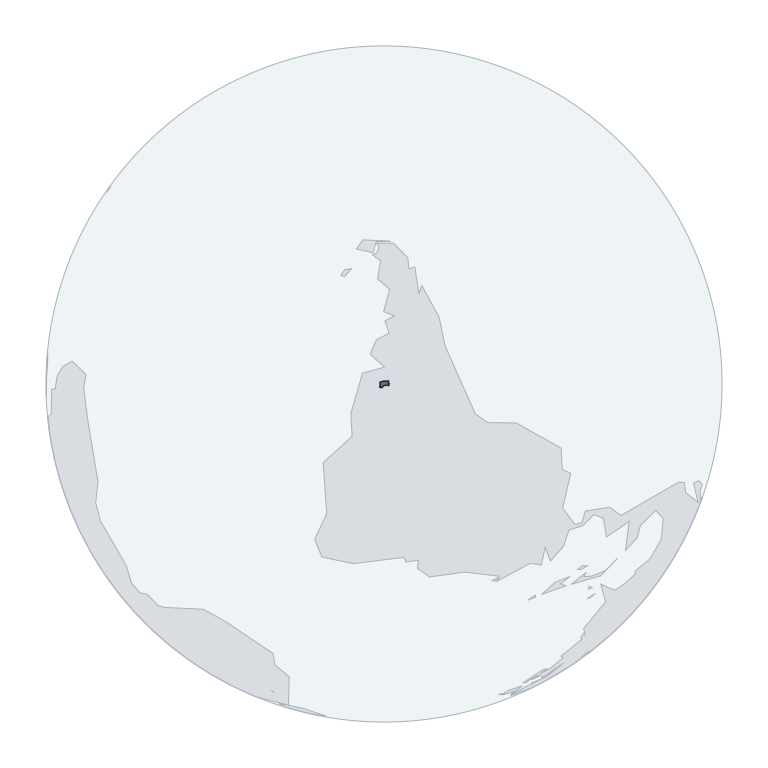 Salto on an orthographic globe, rotated 157°
{"feature_id": "URY-10", "entity_name": "Salto", "entity_type": "Department", "adm_level": 1, "iso_a3": "URY", "parent_name": "Uruguay", "parent_adm1": "", "projection": "orthographic", "projection_center": [-57.006, -31.312], "detail": "fine", "context": "on_globe", "style": "filled", "palette": "slate", "viewbox_px": 768, "rotation_deg": 157, "n_neighbors": 0, "source": "natural_earth", "source_scale": "10m", "svg_char_len": 4737}
<svg xmlns="http://www.w3.org/2000/svg" viewBox="0 0 768 768"><g transform="rotate(157 384 384)"><circle cx="384" cy="384" r="338" fill="#eef3f6" stroke="#a8b0b8"/><path d="M296.6,57.6L301.6,56.3L298.2,57.5L301.6,57.6L308.4,55.5L308.2,54.9L321.7,51.9L321.2,52.0L351.0,47.7L351.3,47.7L364.8,46.6L368.4,46.7L388.4,47.6L388.8,48.3L372.6,49.9L348.7,51.3L327.7,56.9L353.1,51.8L353.6,55.1L358.7,55.4L365.5,54.9L369.9,53.3L372.5,54.6L348.4,59.2L345.6,58.0L353.3,56.3L342.1,57.4L325.8,62.1L327.4,64.3L301.2,71.9L301.9,73.8L296.7,77.1L297.2,73.2L295.8,80.8L265.2,96.9L262.7,115.2L252.4,104.0L240.9,105.9L226.6,111.0L225.9,113.8L208.0,118.8L189.7,132.4L179.6,151.0L183.2,161.5L203.3,153.5L210.9,143.5L226.6,136.6L212.1,161.6L239.0,156.2L234.5,174.6L241.9,181.9L256.1,175.9L270.7,177.3L282.1,164.5L300.0,156.0L299.4,170.7L310.0,155.9L319.5,161.8L355.8,158.4L352.8,161.9L383.2,179.3L417.4,188.6L425.3,201.0L421.1,208.3L433.3,211.5L433.5,216.6L482.8,230.8L508.8,249.1L508.4,268.2L487.5,286.8L470.7,335.3L433.8,348.3L425.9,370.0L399.6,402.4L377.0,399.4L385.0,416.9L373.8,427.7L359.5,428.8L358.5,441.7L348.0,442.6L356.0,450.8L341.7,469.1L348.8,483.2L339.0,498.8L344.1,507.3L339.4,507.5L335.2,511.4L335.8,516.5L320.3,510.1L312.8,490.9L316.1,480.3L309.9,479.7L316.4,453.7L310.7,459.6L307.1,424.2L312.9,395.2L311.6,320.6L303.5,307.9L277.5,296.4L246.0,255.7L253.4,235.6L247.0,228.8L268.0,200.1L263.2,180.2L256.0,179.0L248.3,188.4L224.4,182.4L217.2,170.3L151.3,178.6L146.1,176.1L148.8,166.1L141.1,152.3L137.8,171.9L132.1,172.1L130.2,167.4L134.7,162.3L138.0,153.6L134.8,155.8L136.5,153.9L153.2,137.2L171.1,121.6L189.9,107.4L209.8,94.5L230.4,83.0L251.9,73.0L274.0,64.5L296.6,57.6ZM259.5,122.7L290.4,126.5L271.4,131.5L275.3,128.7L267.8,126.0L253.2,125.7L237.0,132.4L259.5,122.7ZM276.6,108.0L271.1,108.5L276.7,107.2L276.6,108.0ZM347.1,524.9L322.1,513.0L335.7,517.9L342.7,509.1L356.7,519.1L347.1,524.9ZM368.7,502.8L378.3,498.4L381.3,500.9L375.3,504.6L368.7,502.8ZM601.0,125.0L605.6,130.5L598.5,126.3L585.2,117.0L566.5,100.5L581.5,109.8L601.0,125.0ZM711.8,465.9L706.2,484.9L701.8,486.9L692.1,508.9L688.4,508.2L681.5,519.4L672.8,525.6L662.1,526.9L654.6,509.3L662.1,497.4L670.5,467.7L685.5,405.6L695.8,387.3L698.5,368.3L692.2,317.6L694.2,299.4L690.4,287.4L684.0,282.8L678.7,268.7L674.0,264.4L638.4,247.3L622.5,226.9L591.4,179.3L594.1,168.0L585.7,151.6L597.3,125.7L609.8,135.0L624.9,147.0L641.5,165.2L656.8,184.6L670.6,205.0L682.9,226.4L693.6,248.6L702.7,271.6L710.0,295.1L715.6,319.1L719.5,343.5L721.5,368.1L721.8,392.7L720.3,417.3L716.9,441.8L711.8,465.9ZM605.1,142.5L607.6,146.6L605.1,142.5ZM356.9,158.1L361.2,160.8L355.3,161.2L356.9,158.1ZM268.0,137.3L274.9,136.2L278.3,137.5L272.8,139.2L268.0,137.3ZM327.8,128.4L336.1,128.8L327.2,130.6L327.8,128.4ZM295.4,127.1L321.2,128.7L303.9,134.6L287.8,134.1L299.4,131.1L295.4,127.1ZM271.9,115.2L276.0,115.2L274.3,117.6L271.9,115.2ZM280.7,107.2L278.9,107.7L277.2,106.5L280.7,107.2ZM355.0,54.8L357.1,54.4L363.7,54.2L360.0,55.0L355.0,54.8ZM396.6,51.6L399.9,53.8L395.0,52.4L390.5,53.3L374.5,52.2L388.2,48.7L384.8,50.1L396.6,51.6ZM356.9,50.9L365.5,51.2L355.5,51.0L356.9,50.9ZM564.8,668.8L557.9,673.0L561.1,670.7L564.8,668.8ZM684.9,537.7L681.2,544.5L684.6,536.5L692.2,521.4L699.9,504.0L684.9,537.7Z" fill="#d9dde1" stroke="#a8b0b8" stroke-width="1"/><path d="M379.9,381.7L380.0,381.5L380.0,381.4L380.0,381.1L380.0,380.9L380.1,380.7L380.4,380.7L380.5,380.8L380.8,381.0L381.0,381.3L381.4,381.4L381.5,381.4L381.7,381.5L381.9,381.6L382.6,382.0L382.8,382.1L383.1,382.4L383.2,382.5L383.4,382.5L383.7,382.6L383.8,382.6L384.0,382.5L384.4,382.4L384.5,382.4L385.1,382.5L385.5,382.5L385.6,382.4L386.0,382.2L386.3,382.1L386.4,381.9L386.5,381.9L386.7,381.7L386.8,381.6L387.0,381.5L387.4,381.6L388.2,381.8L388.3,381.9L388.4,382.0L388.5,382.1L388.7,382.3L388.8,382.4L388.8,382.5L389.0,382.6L388.9,383.1L388.8,383.3L388.7,383.4L388.3,383.5L388.2,383.6L388.1,383.8L388.3,384.0L388.2,384.1L388.2,384.4L388.1,384.5L387.9,384.7L387.8,384.8L387.7,384.8L387.7,385.0L387.4,385.2L387.3,385.6L387.3,385.8L387.4,386.0L387.4,386.3L387.4,386.6L387.2,386.7L387.1,386.8L386.9,387.0L386.7,387.3L386.1,387.2L385.9,387.2L385.5,387.0L385.4,387.0L385.2,387.0L385.1,386.9L384.9,386.8L384.4,386.9L384.2,386.9L383.9,386.8L383.7,386.9L383.2,386.9L383.0,386.7L382.9,386.7L382.5,386.6L382.4,386.5L382.3,386.4L382.2,386.2L381.9,386.2L381.7,386.2L381.4,386.0L381.0,385.8L380.3,385.6L380.2,385.6L380.1,385.3L380.1,385.2L379.7,385.0L379.3,385.0L379.2,385.0L378.9,385.1L378.7,385.1L378.7,384.8L378.8,384.7L379.0,384.6L379.1,384.4L379.1,384.2L379.3,383.9L379.4,383.7L379.5,383.6L379.5,383.4L379.4,383.2L379.5,382.9L379.6,382.7L379.7,382.3L379.5,381.9L379.4,381.9L379.5,381.8L379.6,381.7L379.8,381.6L379.9,381.7Z" fill="#64748b" stroke="#1e293b" stroke-width="1.5"/></g></svg>